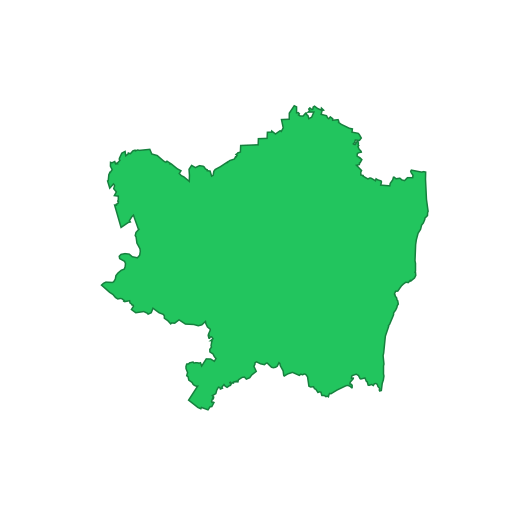 Cazones de Herrera, Veracruz, Mexico, rotated 26°
{"feature_id": "50627088B60977128263275", "entity_name": "Cazones de Herrera", "entity_type": "district", "adm_level": 2, "iso_a3": "MEX", "parent_name": "Mexico", "parent_adm1": "Veracruz", "projection": "robinson", "projection_center": [-97.287, 20.709], "detail": "fine", "context": "isolated", "style": "filled", "palette": "green", "viewbox_px": 512, "rotation_deg": 26, "n_neighbors": 0, "source": "geoboundaries", "source_scale": "gbopen_adm2", "svg_char_len": 6124}
<svg xmlns="http://www.w3.org/2000/svg" viewBox="0 0 512 512"><g transform="rotate(26 256 256)"><path d="M371.7,106.2L369.7,106.7L368.1,108.0L358.0,110.7L357.9,112.0L359.0,113.1L361.7,114.6L362.5,116.9L357.8,119.2L356.5,123.1L353.9,123.7L351.2,123.0L348.0,125.2L345.6,124.6L345.0,124.9L345.5,127.6L344.8,131.8L345.5,134.3L337.0,137.6L336.3,134.4L335.5,133.7L331.9,134.2L330.1,134.0L330.4,136.0L325.6,135.6L324.2,135.9L322.8,137.7L317.2,137.3L317.0,136.7L314.7,137.2L313.4,134.7L313.4,132.9L306.5,130.4L308.8,128.5L308.2,127.0L308.7,126.6L308.9,123.0L306.9,122.3L306.2,122.5L306.1,122.1L303.3,122.0L302.6,121.0L302.2,119.4L303.2,118.0L305.1,116.5L304.5,115.8L301.7,114.7L299.6,112.9L300.0,111.7L298.8,110.9L298.6,109.5L297.7,109.0L297.5,108.3L296.4,109.4L296.4,112.3L295.2,112.8L294.3,112.6L294.9,110.6L294.4,108.2L298.3,106.8L298.9,103.8L295.5,101.5L294.0,101.0L288.0,102.6L286.9,99.5L283.8,100.3L274.9,100.3L271.6,99.7L271.4,98.7L270.0,97.5L265.4,100.4L264.8,99.0L261.8,98.4L261.2,100.7L259.8,100.5L257.9,99.0L252.5,100.1L251.6,96.5L252.8,95.3L250.0,94.4L250.6,96.3L246.6,96.4L242.9,95.7L242.1,97.1L242.7,99.1L242.1,99.9L239.5,99.3L239.0,100.8L240.6,102.0L239.8,103.8L244.9,101.2L245.2,106.8L243.3,109.4L241.1,107.0L239.4,106.7L238.7,105.4L238.0,105.7L236.9,109.7L234.3,110.8L232.4,110.6L232.6,109.2L231.1,108.6L229.7,109.5L227.1,104.2L224.5,104.2L223.3,113.0L225.9,118.5L219.1,122.2L224.3,128.9L224.1,133.0L222.8,132.8L220.0,137.8L215.4,136.8L215.8,137.8L212.0,139.8L214.4,145.4L206.7,149.5L209.2,155.1L193.8,163.4L196.4,169.4L194.4,171.3L194.5,171.7L193.5,173.5L194.9,173.8L194.6,175.9L194.1,175.9L194.1,178.3L190.5,181.8L189.3,184.4L189.1,184.1L184.8,191.4L181.4,196.1L181.0,198.3L182.1,202.3L181.1,203.7L177.5,199.8L174.7,200.7L174.4,199.9L172.3,199.9L170.5,198.7L169.1,198.5L165.6,199.6L162.8,203.1L158.4,202.8L157.8,207.4L160.9,212.8L163.3,218.2L156.5,216.5L153.6,216.5L150.8,215.5L151.2,212.3L146.9,212.1L139.6,210.4L138.4,210.8L138.5,210.3L134.4,209.8L133.9,211.3L131.5,211.2L123.2,209.0L117.6,210.0L113.8,206.7L104.9,212.2L103.2,212.6L101.5,214.4L100.9,213.9L99.3,215.4L98.2,219.2L96.1,219.4L96.3,220.4L95.0,223.0L92.5,219.4L90.3,222.4L90.4,228.1L90.8,229.1L91.8,229.7L90.7,233.1L90.1,233.6L90.9,233.9L89.4,234.8L87.6,233.0L85.7,235.4L84.2,235.6L85.8,239.1L88.9,241.5L88.3,245.1L88.0,245.0L88.1,247.5L90.1,252.9L89.7,253.6L94.8,259.1L96.3,253.7L96.9,253.9L98.1,254.8L98.6,257.9L102.4,259.6L102.2,263.8L106.0,262.6L107.5,265.6L107.7,267.3L108.4,267.4L108.9,269.2L107.7,270.8L108.2,271.5L106.6,272.2L122.2,289.5L126.5,281.9L128.1,280.5L126.7,279.7L127.2,275.1L127.9,273.0L138.4,283.3L139.0,283.3L137.8,287.4L138.5,290.6L139.9,291.5L143.3,296.6L148.6,300.4L150.0,302.6L151.1,306.2L150.2,309.6L145.1,310.9L141.2,309.9L137.2,311.3L134.0,313.7L133.2,316.2L134.6,318.1L140.2,318.4L142.0,320.0L143.1,323.0L143.3,325.6L141.2,327.8L139.4,331.8L138.7,335.0L139.7,338.5L139.4,341.5L138.6,342.7L132.5,345.3L130.9,347.4L129.9,349.9L140.3,352.8L144.3,353.3L147.9,354.9L150.6,355.2L152.7,353.6L154.2,353.2L157.1,353.8L157.0,354.6L158.0,354.6L162.0,351.6L163.3,353.4L165.1,353.7L166.0,354.4L167.2,354.1L167.9,354.9L167.5,358.7L172.8,359.7L179.5,355.1L183.7,355.1L184.5,355.6L186.7,352.9L186.3,348.1L193.8,349.5L198.0,349.1L199.7,349.8L200.9,352.1L205.1,352.8L209.1,354.4L209.5,353.2L212.4,352.0L214.8,347.1L222.4,348.1L230.2,344.8L234.7,344.0L237.5,341.6L239.3,337.0L240.6,338.8L243.4,341.0L247.0,341.9L247.4,342.7L247.6,347.4L248.5,347.8L248.0,348.5L249.7,350.5L250.3,350.3L250.4,348.8L251.5,348.1L253.7,349.2L252.4,351.9L254.1,351.0L253.6,351.6L254.9,356.3L255.9,357.4L255.4,360.1L256.6,362.4L260.3,362.9L262.7,364.7L265.0,365.7L264.7,368.9L260.4,368.5L256.4,370.3L255.4,378.7L252.9,376.3L251.6,377.5L250.9,377.4L248.6,378.3L247.3,379.4L245.9,378.9L243.1,381.2L242.8,382.4L241.1,383.5L241.5,386.0L242.5,387.9L245.6,390.7L246.2,394.0L247.9,394.3L250.0,397.0L254.0,397.7L255.5,398.8L257.2,399.3L259.5,399.2L260.6,398.6L258.6,415.1L270.2,417.6L273.4,417.5L273.3,416.0L280.3,415.3L280.8,411.7L282.3,410.7L282.4,406.1L281.3,406.2L280.5,406.9L279.8,406.3L279.4,402.8L280.1,403.1L280.1,402.1L279.8,401.3L278.0,400.6L280.2,397.3L279.5,393.6L279.8,390.3L281.2,390.1L282.3,391.2L283.8,389.5L282.8,388.8L283.6,385.6L285.3,386.5L287.6,386.7L289.1,384.0L289.8,383.5L289.5,382.2L288.0,381.2L288.2,380.7L290.0,381.6L290.5,380.0L291.5,380.0L291.4,378.5L293.1,378.0L293.0,377.2L293.8,376.8L294.3,377.3L294.9,377.1L294.5,374.9L296.8,371.1L298.7,369.9L301.3,370.9L303.7,368.2L304.3,364.8L306.8,359.6L302.5,356.1L302.5,353.7L301.9,352.6L302.8,350.9L307.3,350.9L311.2,350.0L312.1,347.9L313.0,347.3L318.7,349.2L320.6,348.8L322.4,347.4L323.4,345.7L323.4,341.8L324.5,342.1L326.0,344.0L330.7,347.3L333.2,351.1L334.0,351.5L336.2,348.1L339.8,344.6L347.3,344.3L348.0,342.6L350.0,342.3L351.0,340.9L352.6,340.6L355.3,342.0L360.6,349.8L362.5,349.8L365.0,348.3L366.7,349.6L368.3,349.6L371.5,351.5L372.7,350.2L374.1,350.0L376.3,352.5L378.7,351.4L380.4,351.8L381.7,350.7L382.8,350.8L382.3,348.5L382.5,347.2L383.7,347.0L387.7,340.8L393.8,333.1L395.4,332.0L397.9,331.9L399.7,332.5L400.1,332.2L399.1,330.1L398.1,329.5L396.4,329.8L396.0,328.1L397.2,323.6L397.0,323.1L395.4,324.0L394.8,322.4L394.9,321.3L397.9,318.3L400.5,318.5L403.3,320.6L404.1,320.6L407.4,317.9L410.2,320.3L411.1,320.3L413.4,322.9L414.3,322.7L416.2,320.8L418.2,321.0L418.4,318.9L419.7,318.0L421.2,318.2L422.9,319.9L424.4,320.4L425.4,321.2L425.5,322.4L426.4,323.1L427.4,322.1L427.8,322.5L425.3,315.2L424.8,311.6L423.6,307.8L422.3,306.1L418.8,298.9L418.4,297.1L413.9,289.8L413.3,287.3L407.4,271.3L406.1,261.1L405.6,260.7L406.0,258.9L405.6,251.3L405.4,248.5L404.6,246.7L405.2,243.5L405.2,240.7L404.7,238.6L405.0,236.9L403.0,234.1L401.7,233.5L400.9,232.1L398.4,230.8L398.2,230.1L397.1,229.5L396.9,226.5L398.8,225.4L399.8,219.2L400.8,216.5L402.2,213.9L404.6,213.1L405.3,210.3L406.1,210.7L408.1,206.3L408.1,203.4L406.6,200.9L406.0,200.9L406.0,199.7L402.6,192.7L401.0,190.6L394.5,175.8L393.0,171.1L391.7,164.5L392.2,159.9L391.3,155.6L391.9,153.0L391.7,149.2L391.2,148.0L392.4,144.5L391.2,141.8L391.1,140.4L384.4,130.4L374.7,112.7L371.7,106.2Z" fill="#22c55e" stroke="#15803d" stroke-width="1.5"/></g></svg>